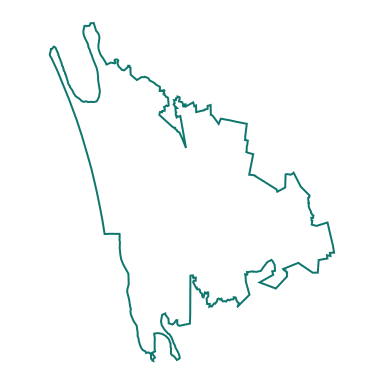 Tecuala, Nayarit, Mexico
{"feature_id": "50627088B70110967390572", "entity_name": "Tecuala", "entity_type": "district", "adm_level": 2, "iso_a3": "MEX", "parent_name": "Mexico", "parent_adm1": "Nayarit", "projection": "equal_earth", "projection_center": [-105.534, 22.348], "detail": "fine", "context": "isolated", "style": "outline", "palette": "teal", "viewbox_px": 384, "rotation_deg": 0, "n_neighbors": 0, "source": "geoboundaries", "source_scale": "gbopen_adm2", "svg_char_len": 5871}
<svg xmlns="http://www.w3.org/2000/svg" viewBox="0 0 384 384"><path d="M93.7,23.0L92.4,23.3L90.7,23.2L90.1,24.1L90.0,24.9L89.3,25.9L88.2,25.8L86.6,26.2L85.5,25.8L84.5,25.9L83.4,30.7L83.4,33.3L84.2,36.2L85.4,39.1L87.6,43.3L88.3,45.7L88.3,46.8L89.8,49.9L90.6,52.8L92.0,55.7L92.5,57.9L96.5,67.6L97.6,72.0L97.8,74.7L98.1,76.2L98.1,80.0L99.9,91.3L99.0,96.9L97.8,99.5L96.6,101.4L93.3,102.1L91.7,101.8L87.9,102.1L86.4,101.3L85.6,101.3L84.5,101.8L83.0,101.7L81.0,100.5L80.3,99.6L79.1,98.5L75.7,96.3L74.0,93.8L72.2,90.1L70.0,87.1L70.0,86.3L69.5,85.5L68.8,84.9L68.5,84.1L65.9,75.2L65.2,74.0L65.1,73.7L65.3,73.5L64.6,71.7L63.6,70.4L63.8,69.9L63.0,67.1L62.8,66.5L62.3,66.2L61.3,62.2L60.6,60.9L60.1,58.9L59.1,57.1L59.0,56.4L58.4,55.2L58.5,54.8L57.7,52.6L55.5,47.7L55.0,47.2L53.9,46.6L53.3,47.1L52.2,48.9L50.9,49.0L50.7,51.0L49.8,54.0L49.8,54.7L50.4,56.5L51.3,57.7L57.3,70.6L69.2,99.7L76.7,120.0L81.9,135.9L89.4,161.6L91.6,169.6L95.1,184.4L97.1,193.3L100.2,208.5L102.5,220.7L104.6,234.0L110.2,233.8L119.5,233.9L119.7,235.8L119.5,237.2L119.7,238.5L119.4,239.7L119.9,242.0L119.7,248.0L120.4,255.1L121.2,259.3L123.2,264.4L128.4,273.7L128.7,283.6L128.6,284.8L127.3,289.5L127.2,292.1L129.1,299.4L130.2,307.0L130.9,309.0L130.4,311.4L130.9,314.6L133.7,321.3L136.6,325.5L137.7,333.1L137.6,336.1L138.5,338.5L138.8,340.7L139.9,344.8L141.3,348.0L142.7,350.0L145.5,351.5L146.1,353.0L148.2,352.4L148.9,352.6L149.8,353.4L150.6,353.3L150.9,353.5L151.1,358.7L152.1,359.9L152.4,360.6L153.3,361.0L153.0,359.4L155.0,357.5L153.8,355.6L153.4,355.4L152.2,352.7L155.1,351.4L154.7,350.1L154.6,342.3L154.8,338.4L154.2,333.6L158.1,333.1L162.2,333.9L165.8,336.0L168.8,339.1L169.6,341.0L169.8,342.2L170.5,343.1L170.6,347.2L171.1,348.0L170.9,353.7L172.2,355.4L173.0,355.5L175.0,357.4L176.9,360.0L179.7,358.3L179.5,356.0L178.1,352.3L175.5,347.7L174.7,344.9L173.9,343.7L171.6,337.6L169.5,334.3L168.3,333.8L164.6,329.8L161.7,325.1L161.0,321.2L162.1,314.9L165.3,313.5L165.5,314.9L168.5,318.8L168.7,323.3L172.6,324.5L174.5,322.7L176.3,320.1L177.3,320.2L177.2,323.6L178.2,325.3L179.4,325.8L189.9,323.6L190.2,314.8L190.4,275.7L192.9,275.4L193.1,277.7L193.7,278.2L194.2,277.5L195.8,277.6L195.7,280.7L193.4,281.2L193.2,282.2L196.1,287.8L196.8,287.6L196.9,287.9L196.9,288.8L197.2,289.3L197.6,289.5L199.3,289.3L199.9,290.0L200.2,291.9L200.5,292.5L200.8,292.9L202.0,293.6L202.2,295.7L202.7,297.1L203.5,297.4L204.9,292.4L206.0,292.8L206.3,293.6L207.0,293.6L207.1,292.9L207.5,292.3L208.2,292.4L208.3,296.2L206.6,298.7L207.1,304.0L209.7,303.9L209.3,306.6L210.6,305.9L211.1,306.5L211.9,306.4L212.0,305.8L212.4,305.7L213.9,303.6L214.8,303.3L215.2,303.7L215.5,303.5L216.1,302.2L216.8,301.7L217.5,299.2L218.7,298.5L220.2,299.6L220.6,299.6L221.4,298.7L221.7,299.0L221.6,300.0L223.0,301.4L224.7,301.1L226.1,301.6L227.7,299.7L229.8,300.3L230.0,299.9L230.8,299.5L233.4,299.3L233.9,298.3L233.7,297.3L234.8,297.2L235.8,297.7L236.1,298.6L236.4,300.2L237.2,301.7L237.9,302.4L238.5,302.6L238.7,302.9L238.5,304.6L237.6,306.3L237.7,306.5L249.5,294.7L245.9,281.8L245.6,276.8L245.2,274.3L246.9,274.8L247.4,274.3L247.0,272.0L248.2,272.1L252.3,271.3L253.4,271.8L254.2,271.6L256.3,271.9L260.8,270.9L264.0,266.4L267.6,261.8L269.8,260.9L271.2,259.9L272.5,260.9L274.7,265.1L275.0,270.8L272.2,271.3L273.2,274.8L259.6,282.4L275.8,288.5L287.1,276.4L286.8,274.5L287.1,273.7L286.9,273.4L287.1,272.3L286.8,271.9L285.8,271.5L285.7,271.0L285.3,270.8L285.4,270.3L284.0,270.2L283.1,269.0L298.3,262.9L312.7,272.7L317.8,272.6L318.7,260.0L327.4,258.5L327.0,255.2L330.5,256.0L330.0,252.9L333.8,252.6L334.2,253.6L333.1,246.5L327.5,222.5L316.5,225.9L311.7,224.6L312.3,220.8L311.6,220.6L311.3,217.8L313.0,218.0L313.4,215.4L312.5,215.2L311.4,213.1L311.0,212.9L311.0,211.7L309.7,209.1L308.6,206.3L308.8,204.9L308.4,203.1L308.9,203.1L308.2,199.6L308.2,197.9L309.2,197.4L309.1,196.6L309.6,195.6L300.8,186.7L293.6,172.7L292.3,173.9L290.7,174.7L287.3,174.1L285.6,174.4L285.2,187.5L277.3,191.7L276.6,189.4L257.2,177.3L255.6,176.3L255.4,175.8L254.5,175.7L254.1,175.2L249.2,174.7L253.2,154.2L247.7,152.7L247.2,152.2L246.3,152.0L246.7,149.9L246.8,146.1L247.2,145.4L247.8,140.6L245.0,140.0L245.3,138.4L245.2,136.6L246.8,123.8L235.5,121.6L229.8,120.3L220.8,118.7L218.7,123.9L213.1,116.3L211.6,114.9L210.8,114.8L210.6,105.0L207.6,105.9L207.6,108.8L204.4,109.7L204.4,110.2L196.2,112.1L196.0,105.5L194.4,106.4L193.2,102.4L185.9,106.4L185.6,104.3L184.2,104.5L184.1,105.4L184.4,105.4L184.6,106.5L183.2,106.4L182.9,104.1L182.2,102.2L179.0,101.4L179.7,98.4L179.6,97.3L177.5,96.5L177.4,97.6L176.1,98.1L175.9,98.6L175.9,100.0L174.0,100.1L174.3,100.7L174.6,103.3L174.2,103.4L173.6,104.5L174.3,105.2L174.7,106.2L175.6,106.6L177.0,108.1L175.4,108.3L175.7,111.8L176.3,112.3L175.7,113.4L175.8,114.4L176.1,115.9L176.8,115.9L176.8,117.3L177.6,116.8L178.7,116.6L180.3,116.0L186.0,148.0L182.9,140.1L179.4,132.4L178.2,131.9L177.1,131.0L177.1,130.4L174.7,128.5L175.0,127.8L172.8,127.1L159.3,114.9L160.0,112.0L162.1,112.2L162.3,110.9L164.6,110.8L164.9,109.3L164.0,107.1L165.2,106.5L166.3,105.5L167.5,106.1L168.4,105.8L168.7,105.4L168.0,97.9L167.5,97.3L166.2,97.0L165.5,95.8L164.3,95.0L164.6,93.1L164.4,93.5L163.6,93.6L164.3,90.8L163.5,90.8L163.5,90.2L163.2,90.3L162.9,91.1L161.6,90.9L161.5,90.6L160.5,90.6L160.4,91.0L159.7,91.0L159.7,89.9L159.9,89.8L159.9,86.8L156.1,84.7L155.0,83.5L153.5,82.4L149.5,80.4L149.4,80.0L148.4,78.3L145.6,77.0L144.8,76.8L144.5,77.1L141.6,77.1L136.9,80.0L130.7,74.7L130.4,70.5L130.6,68.0L129.5,67.3L129.7,66.3L129.6,65.9L128.2,65.7L127.2,67.7L124.2,70.3L123.8,70.4L123.0,70.0L121.8,69.9L120.7,68.3L118.9,66.9L118.0,65.0L117.6,63.9L117.6,63.0L118.2,60.5L117.9,59.9L117.3,59.5L115.9,59.4L114.7,59.9L114.6,60.9L115.4,61.8L115.5,62.2L115.2,63.1L114.7,63.4L111.7,62.7L110.5,62.7L107.5,64.2L106.4,64.5L105.5,62.2L102.4,57.3L101.4,56.1L100.3,54.1L98.6,49.3L98.3,45.9L99.4,38.2L99.2,36.0L98.6,34.2L97.7,32.6L96.1,30.7L93.7,23.0Z" fill="none" stroke="#0f766e" stroke-width="2"/></svg>